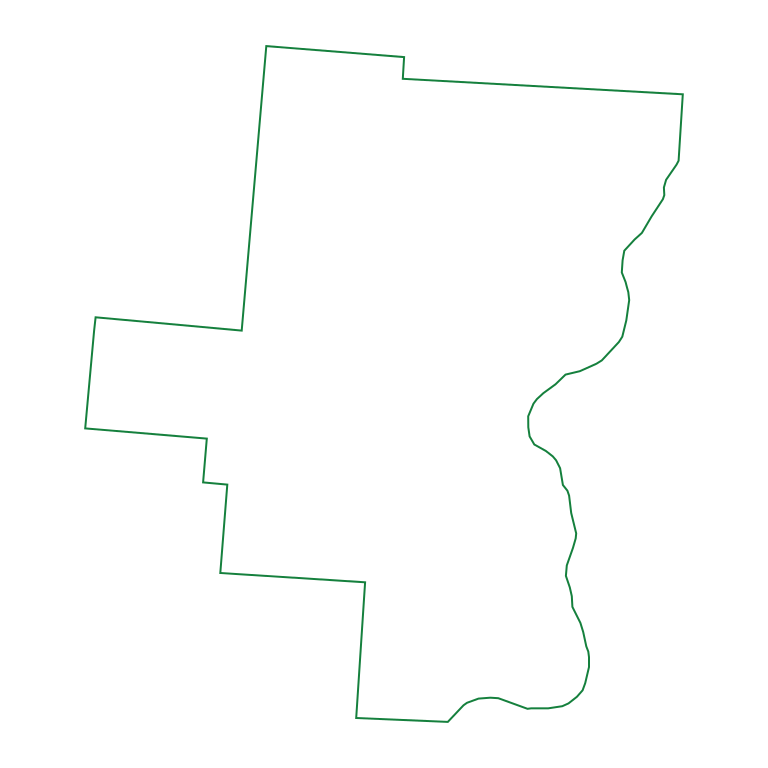 the district of Gallia, Ohio, United States of America
{"feature_id": "52423323B24958589312778", "entity_name": "Gallia", "entity_type": "district", "adm_level": 2, "iso_a3": "USA", "parent_name": "United States of America", "parent_adm1": "Ohio", "projection": "robinson", "projection_center": [-82.227, 38.809], "detail": "fine", "context": "isolated", "style": "outline", "palette": "green", "viewbox_px": 768, "rotation_deg": 0, "n_neighbors": 0, "source": "geoboundaries", "source_scale": "gbopen_adm2", "svg_char_len": 1115}
<svg xmlns="http://www.w3.org/2000/svg" viewBox="0 0 768 768"><path d="M94.1,330.8L85.2,428.4L206.8,438.6L203.1,482.4L227.3,484.6L220.3,573.0L365.1,582.3L356.2,718.0L447.8,721.9L463.5,705.3L467.0,702.8L478.5,698.6L490.3,697.7L498.3,698.2L527.5,708.8L531.4,708.3L548.4,708.3L562.3,706.2L568.5,703.4L576.9,696.8L582.6,690.3L585.2,683.2L589.0,667.1L589.0,657.1L588.3,651.6L586.3,646.4L583.2,632.0L580.4,622.9L572.4,606.9L571.8,596.2L569.8,587.4L565.9,575.9L566.8,565.4L573.0,547.8L575.7,538.4L576.2,533.4L573.6,522.8L571.2,513.0L569.1,495.6L567.4,490.7L562.9,485.0L560.1,468.2L556.1,460.3L552.8,456.4L545.9,451.0L534.3,444.5L529.6,436.4L528.3,427.3L528.2,416.3L533.5,403.6L536.9,399.1L543.3,393.2L555.6,384.2L565.5,374.6L579.8,371.2L596.5,363.7L601.8,360.4L618.9,342.0L622.3,336.7L626.3,320.4L629.2,300.1L628.3,292.1L626.9,287.1L625.6,282.1L621.8,272.5L622.6,260.3L624.3,250.7L634.6,239.5L641.9,232.9L651.6,216.4L662.9,199.2L664.3,195.1L663.9,187.5L666.1,179.8L676.5,164.7L678.6,160.7L682.8,94.3L402.8,78.8L404.1,57.1L266.3,46.1L241.7,330.6L95.6,317.3L94.1,330.8Z" fill="none" stroke="#15803d" stroke-width="2"/></svg>